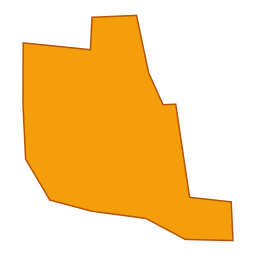 Urgench city, Khorezm, Uzbekistan (Mercator projection)
{"feature_id": "79887680B89988624723633", "entity_name": "Urgench city", "entity_type": "district", "adm_level": 2, "iso_a3": "UZB", "parent_name": "Uzbekistan", "parent_adm1": "Khorezm", "projection": "mercator", "projection_center": [60.587, 41.514], "detail": "fine", "context": "isolated", "style": "filled", "palette": "amber", "viewbox_px": 256, "rotation_deg": 0, "n_neighbors": 0, "source": "geoboundaries", "source_scale": "gbopen_adm2", "svg_char_len": 323}
<svg xmlns="http://www.w3.org/2000/svg" viewBox="0 0 256 256"><path d="M136.5,15.4L92.0,17.3L90.4,49.7L23.2,42.9L23.0,104.3L25.6,159.1L49.9,200.1L91.7,211.2L146.1,218.5L185.2,239.4L233.0,240.6L231.2,201.9L189.6,197.3L175.7,104.2L163.0,104.7L148.7,73.0L136.5,15.4Z" fill="#f59e0b" stroke="#b45309" stroke-width="1.5"/></svg>